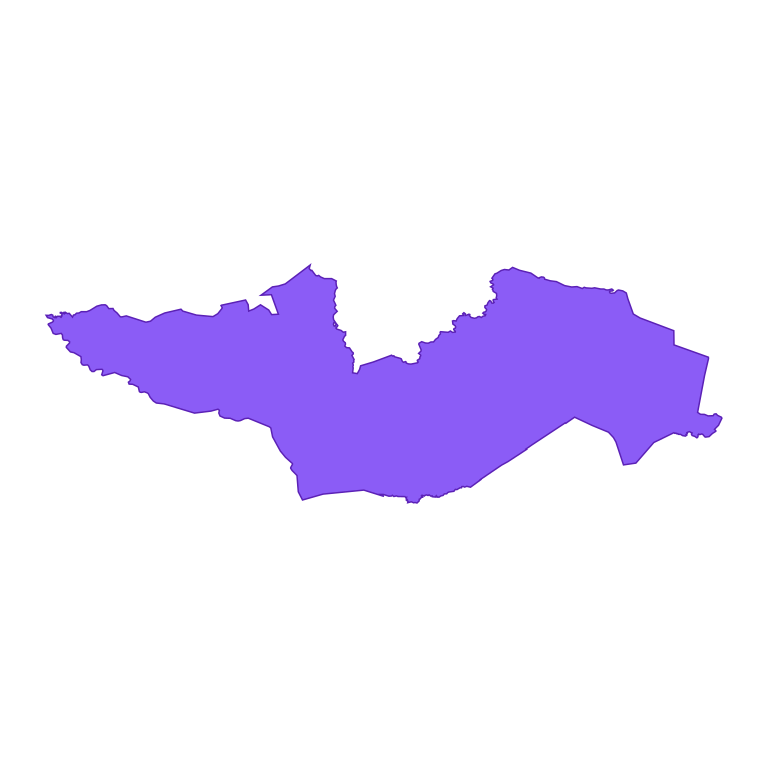 the district of Pelēču pag., Preilu, Latvia
{"feature_id": "27541924B42049645458782", "entity_name": "Pelēču pag.", "entity_type": "district", "adm_level": 2, "iso_a3": "LVA", "parent_name": "Latvia", "parent_adm1": "Preilu", "projection": "natural_earth1", "projection_center": [26.741, 56.146], "detail": "fine", "context": "isolated", "style": "filled", "palette": "violet", "viewbox_px": 768, "rotation_deg": 0, "n_neighbors": 0, "source": "geoboundaries", "source_scale": "gbopen_adm2", "svg_char_len": 6063}
<svg xmlns="http://www.w3.org/2000/svg" viewBox="0 0 768 768"><path d="M156.3,403.0L164.1,403.9L194.5,413.1L211.0,411.1L218.0,409.2L219.4,410.3L218.8,413.0L220.0,416.0L224.6,418.1L230.2,418.3L235.8,420.7L238.1,421.0L240.4,420.6L244.7,418.6L248.3,418.2L269.4,426.8L270.8,428.0L272.6,436.9L280.4,451.1L285.5,457.3L292.4,463.5L292.5,464.2L290.7,467.6L290.7,468.3L292.1,470.5L297.0,475.5L298.3,491.8L302.5,500.0L323.1,494.1L363.8,490.1L383.9,496.4L380.7,494.4L383.3,494.4L388.9,496.2L391.5,496.0L392.3,495.3L393.9,496.5L396.4,495.9L397.9,496.5L405.0,496.6L405.6,497.4L406.5,497.3L406.1,498.2L407.3,499.8L406.4,500.1L408.0,501.5L407.7,502.7L411.3,501.8L413.7,502.8L415.0,502.5L417.0,503.0L419.1,501.0L419.3,499.2L420.1,499.0L421.5,497.3L422.7,497.2L422.7,496.6L421.5,495.8L422.0,495.2L424.5,496.0L424.9,495.4L426.6,494.9L428.0,495.5L429.1,494.9L430.8,496.1L432.1,495.9L432.2,496.7L432.8,496.8L435.0,497.0L436.1,496.0L436.1,496.9L437.1,496.6L437.2,497.1L439.2,497.1L440.7,496.0L443.1,495.4L444.3,493.9L446.7,493.8L447.8,492.5L449.1,492.0L453.9,491.3L455.3,489.4L456.9,489.6L460.0,487.8L461.5,487.8L461.8,486.6L463.3,486.5L464.6,487.1L466.8,486.3L470.5,487.2L480.7,479.7L480.4,479.5L501.6,465.1L507.8,461.7L526.6,449.4L526.0,449.0L531.9,444.9L565.2,422.9L565.8,423.3L574.6,417.2L592.3,425.5L608.5,432.2L613.5,437.6L616.0,442.1L623.5,464.9L635.9,463.1L653.8,442.5L673.9,432.7L674.6,433.3L676.0,433.1L676.4,433.7L677.8,433.6L678.2,434.3L680.7,434.4L682.5,435.6L685.4,436.1L686.7,435.2L686.1,434.4L687.3,433.7L686.9,432.6L689.3,431.6L692.1,433.0L691.4,434.0L692.1,435.5L694.8,436.4L696.8,437.8L697.5,437.5L698.1,436.0L698.0,434.9L698.7,434.1L699.8,434.6L701.6,434.0L702.7,434.3L704.9,436.9L705.6,437.1L709.1,436.6L712.4,433.5L715.8,431.3L715.8,430.7L714.5,429.3L718.5,425.3L721.9,418.2L721.4,417.2L717.6,415.4L716.1,413.8L714.2,414.1L713.1,415.7L708.1,415.9L704.5,414.4L700.5,414.3L697.6,412.4L704.6,375.3L708.5,358.6L708.4,357.2L674.0,344.9L673.8,330.7L640.1,318.0L633.3,314.0L627.9,298.9L626.3,293.0L622.8,290.9L618.5,290.0L617.2,290.5L614.6,292.9L611.2,293.3L610.1,293.0L609.5,291.9L609.9,291.2L612.6,290.9L613.3,290.2L611.8,289.0L608.1,290.0L606.1,289.9L603.9,289.0L600.7,289.0L594.6,287.8L591.9,288.3L586.1,287.9L584.2,287.3L582.3,288.5L577.0,286.6L571.7,287.0L564.6,285.6L556.4,281.6L550.3,280.8L544.7,279.2L544.4,277.9L543.6,277.2L541.4,276.9L539.0,277.8L539.0,278.2L537.9,277.9L530.9,273.1L519.6,270.3L512.6,267.4L508.9,270.0L504.4,269.5L501.2,270.5L496.7,273.3L495.0,273.8L491.9,278.2L492.8,279.1L492.6,280.4L490.1,281.4L490.7,282.8L493.0,283.9L493.6,284.8L490.6,286.8L493.1,288.2L492.4,289.6L493.1,290.4L493.2,291.4L496.5,293.4L496.7,295.9L496.2,297.8L497.0,299.1L493.3,299.6L493.1,300.8L494.1,302.5L493.1,303.2L491.9,303.1L490.7,301.0L489.5,300.6L487.9,302.8L487.1,305.0L484.9,305.9L484.9,307.6L486.6,309.4L486.3,310.8L485.4,311.8L483.6,312.3L482.8,313.2L484.1,314.3L485.7,314.5L485.3,315.7L483.0,316.2L481.2,317.5L479.5,316.5L478.0,316.7L476.5,317.8L474.5,318.3L471.0,317.4L469.4,315.6L469.9,314.8L469.7,314.4L468.8,314.2L465.8,315.5L465.2,314.6L465.4,313.9L463.9,312.7L462.7,313.8L463.6,315.5L459.5,315.8L457.2,318.6L456.1,321.0L453.6,320.6L452.5,321.0L452.9,324.1L455.2,325.8L455.7,326.9L455.4,328.1L454.0,328.6L453.7,329.6L455.3,331.3L455.3,332.0L452.6,332.4L450.4,331.0L448.2,332.3L440.6,331.7L440.1,332.2L440.4,333.9L438.9,335.4L438.2,337.5L435.5,339.4L433.6,341.9L430.8,342.0L428.3,343.2L425.5,343.0L421.7,341.7L419.0,343.3L418.8,344.2L421.2,350.0L420.9,351.2L418.6,353.4L420.6,355.0L420.7,355.8L420.0,356.8L419.7,358.7L417.4,360.2L417.3,360.8L418.0,361.7L418.0,362.4L417.5,362.8L411.0,364.1L408.5,363.9L406.3,363.1L406.0,361.9L405.6,361.6L403.4,362.3L402.2,361.1L401.3,358.9L400.4,358.4L394.3,356.7L393.9,355.8L392.4,356.0L391.6,355.2L373.3,362.0L360.6,365.8L359.6,369.4L357.3,373.6L352.6,372.8L353.2,367.9L352.8,366.8L353.3,365.1L352.7,363.2L353.9,362.0L353.7,360.7L354.1,359.5L351.9,355.4L353.3,353.9L353.1,352.6L352.2,352.0L349.5,347.9L346.5,347.6L344.8,346.1L345.5,344.1L345.3,342.8L343.5,341.2L342.8,339.9L344.5,336.3L345.6,335.4L345.6,331.8L343.3,332.2L341.0,330.4L336.9,329.1L336.1,328.4L336.1,327.7L337.4,326.5L337.8,325.5L336.3,323.7L335.1,326.1L334.1,326.0L333.4,324.2L333.9,322.6L336.1,323.4L333.6,319.7L333.2,317.0L333.6,314.8L337.2,311.3L334.6,308.2L334.8,306.6L335.9,305.3L333.5,300.1L335.2,296.3L334.5,293.7L335.2,290.9L335.8,289.4L337.3,287.9L336.6,286.5L336.2,284.6L336.0,282.0L336.3,281.0L331.6,278.6L324.3,278.6L320.5,276.9L318.7,275.4L317.3,275.9L315.7,275.5L311.8,270.3L311.0,270.6L309.2,268.6L310.2,265.0L285.3,283.9L278.5,286.0L272.4,286.9L261.0,295.2L271.4,294.7L278.4,314.2L271.6,314.6L268.7,310.0L260.5,304.8L253.9,309.0L248.7,311.1L248.2,304.7L245.6,300.0L221.5,305.2L221.0,305.5L222.2,307.7L222.0,308.4L217.8,313.7L213.0,316.6L196.5,315.1L182.8,311.1L181.0,309.2L164.7,313.0L155.3,317.2L150.5,321.2L145.9,322.2L126.3,315.9L121.8,316.9L120.3,316.8L117.1,313.0L114.0,310.4L113.0,308.5L108.8,308.6L106.6,305.6L105.2,304.8L101.5,304.9L96.8,306.2L90.0,310.4L86.6,311.7L81.2,311.7L79.0,313.0L76.5,313.2L74.9,314.8L73.5,315.0L72.5,317.1L69.2,313.3L67.3,313.6L65.3,312.2L64.1,312.4L64.9,313.5L64.3,313.9L61.2,312.3L60.3,312.5L60.3,313.1L61.7,313.6L62.1,315.0L61.3,315.6L61.7,316.5L61.0,317.3L59.6,316.3L57.5,316.3L56.3,317.5L55.9,316.4L55.4,316.2L55.1,316.4L55.2,317.6L54.5,317.6L53.0,316.6L52.8,315.2L51.3,314.5L48.7,315.4L46.1,315.3L47.5,317.6L52.3,319.0L53.4,320.4L53.4,321.1L52.5,322.1L48.4,323.9L48.2,324.6L51.0,328.1L53.2,333.4L55.9,334.4L61.2,333.4L62.4,334.9L62.6,337.7L63.2,339.6L64.2,340.2L67.9,340.4L69.6,341.7L69.5,343.0L66.4,346.2L66.3,347.4L70.4,351.9L74.0,352.7L80.9,356.6L81.3,359.6L81.0,362.6L82.3,364.7L83.8,365.2L87.6,364.9L88.8,366.2L90.2,369.8L92.0,371.5L94.0,371.5L96.4,369.6L102.0,369.3L102.8,370.2L102.9,371.0L101.7,374.8L103.0,375.7L114.7,372.5L121.6,375.5L127.8,376.8L130.6,379.4L130.1,380.8L128.4,382.2L129.1,384.1L132.7,384.3L138.3,387.0L139.4,391.6L140.2,392.2L141.4,392.4L144.4,391.8L147.5,393.0L148.4,393.8L150.2,397.4L153.3,401.0L156.3,403.0Z" fill="#8b5cf6" stroke="#5b21b6" stroke-width="1.5"/></svg>